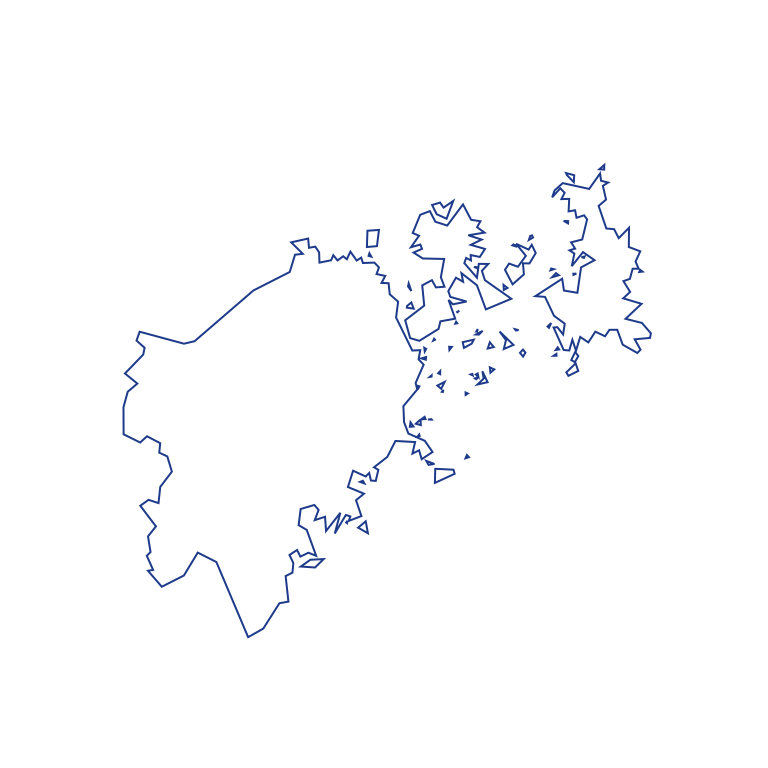 the district of Manggarai Barat, Nusa Tenggara Timur, Indonesia, rotated 154°
{"feature_id": "22746128B27819456459641", "entity_name": "Manggarai Barat", "entity_type": "district", "adm_level": 2, "iso_a3": "IDN", "parent_name": "Indonesia", "parent_adm1": "Nusa Tenggara Timur", "projection": "albers", "projection_center": [119.785, -8.574], "detail": "fine", "context": "isolated", "style": "outline", "palette": "blue", "viewbox_px": 768, "rotation_deg": 154, "n_neighbors": 0, "source": "geoboundaries", "source_scale": "gbopen_adm2", "svg_char_len": 6218}
<svg xmlns="http://www.w3.org/2000/svg" viewBox="0 0 768 768"><g transform="rotate(154 384 384)"><path d="M617.1,216.0L599.7,217.1L574.1,232.8L565.3,230.3L556.6,254.5L549.0,254.6L544.0,262.7L543.9,271.8L534.9,272.9L534.8,265.5L525.9,265.5L520.3,259.3L517.4,286.7L522.6,294.6L513.7,308.2L499.6,305.8L498.0,299.5L505.9,292.0L495.2,290.5L500.5,277.3L479.7,287.4L493.8,271.2L475.7,283.0L472.3,279.7L475.7,276.4L462.2,275.2L460.1,291.8L450.1,294.2L461.6,307.2L449.8,319.6L441.0,308.9L436.3,310.5L438.1,303.0L433.9,300.5L426.7,309.4L429.5,313.5L413.0,317.0L398.7,327.8L381.5,318.2L388.9,309.0L381.5,309.0L383.1,299.9L370.2,301.6L372.2,315.0L383.8,328.8L382.7,340.9L376.3,355.6L356.5,364.5L355.1,371.1L339.9,384.0L342.1,391.0L336.6,398.5L343.9,401.7L344.0,438.5L335.2,451.8L339.5,462.1L335.7,472.6L341.9,475.9L335.5,480.6L342.5,486.1L337.4,491.0L339.4,497.3L349.9,502.0L349.1,507.6L354.4,506.9L356.2,517.7L362.7,512.4L364.7,516.7L371.6,515.4L373.1,522.0L377.3,518.4L388.8,521.4L384.6,530.8L385.6,537.6L391.7,539.3L388.4,548.0L405.3,552.0L399.9,536.6L407.3,539.2L419.6,526.0L460.4,525.3L535.5,505.5L546.1,507.9L580.7,538.1L587.4,531.5L583.3,521.5L587.5,516.0L612.2,507.0L605.5,492.5L617.7,489.4L628.3,477.4L640.1,452.9L628.8,438.3L619.9,440.9L611.1,428.9L616.1,420.8L610.5,413.9L613.1,398.2L630.2,389.6L638.9,375.8L646.4,383.1L656.4,381.4L651.4,356.0L662.9,350.5L667.5,335.3L672.5,333.6L673.0,318.1L678.0,319.6L672.6,299.2L647.8,299.6L625.3,314.1L612.7,297.5L617.1,216.0ZM142.7,300.8L138.4,302.4L139.1,314.3L124.7,308.8L121.9,312.6L125.4,325.8L138.3,336.7L117.4,343.2L131.4,356.1L122.4,358.9L123.7,371.5L116.9,370.7L110.0,378.6L104.6,376.0L104.2,383.8L95.5,390.9L103.9,399.8L95.3,417.0L109.1,412.2L109.3,422.3L116.0,426.3L113.0,450.0L103.6,452.4L100.4,466.2L94.2,466.8L99.8,471.5L97.5,478.5L114.1,469.4L135.3,486.2L145.8,483.2L151.0,478.1L139.8,482.6L137.8,476.7L143.5,472.4L136.4,469.2L142.4,458.2L136.1,456.4L138.1,449.0L130.2,447.9L129.3,442.9L142.5,427.0L153.7,429.3L152.9,421.9L158.7,422.8L155.7,417.8L163.6,407.6L147.3,415.3L140.5,403.0L155.8,402.4L170.2,381.2L181.3,389.1L177.7,400.5L209.4,396.6L201.1,391.7L201.3,370.8L195.1,359.0L201.3,350.0L203.3,359.1L206.8,360.4L207.6,335.8L202.8,332.9L195.3,341.2L196.8,329.8L187.0,340.3L182.1,331.8L171.1,338.4L164.4,330.0L157.6,333.9L150.6,330.5L152.2,314.7L142.7,300.8ZM259.7,406.4L232.2,404.8L247.8,433.1L246.4,442.8L237.7,446.2L246.1,450.4L253.9,438.8L258.8,457.5L254.9,461.3L251.7,456.9L249.6,461.9L242.2,456.2L234.0,461.1L245.0,471.0L232.9,471.0L243.0,480.7L227.3,476.0L231.6,484.1L226.0,488.0L233.7,493.4L234.3,510.8L257.7,498.7L266.7,507.3L267.0,519.3L277.3,520.2L292.0,507.1L287.5,501.9L299.8,495.1L290.2,493.4L290.6,488.8L299.8,489.2L294.1,479.8L275.1,470.0L286.1,455.0L287.0,444.9L295.0,448.1L295.4,456.3L306.4,455.9L313.5,436.8L337.0,432.0L340.4,413.8L333.3,407.3L310.8,409.6L305.8,415.6L291.4,411.5L289.1,431.3L287.1,425.4L273.6,421.9L286.2,433.2L285.5,439.3L272.7,448.0L268.1,441.2L265.8,449.7L257.2,432.0L259.7,406.4ZM224.7,417.2L210.2,421.2L206.2,431.6L200.4,428.6L190.2,435.2L190.2,444.3L195.1,441.4L203.8,452.1L200.3,437.0L212.2,430.7L218.8,437.4L225.2,433.6L224.7,417.2ZM329.9,511.0L321.0,524.7L331.7,529.0L339.3,514.6L329.9,511.0ZM255.3,505.1L241.5,518.2L253.1,516.4L254.1,522.5L262.3,523.8L262.2,513.5L255.3,505.1ZM381.6,272.8L359.9,272.3L359.1,276.5L375.1,285.3L381.6,272.8ZM526.4,249.3L515.0,253.1L527.2,258.3L538.8,256.4L526.4,249.3ZM300.2,342.6L290.1,340.2L290.0,352.3L292.0,345.2L300.2,342.6ZM261.0,362.9L250.5,362.4L257.1,380.5L255.1,370.0L261.0,362.9ZM470.2,266.2L463.9,256.9L460.6,268.6L470.2,266.2ZM296.3,381.4L287.5,381.8L283.9,384.5L294.9,387.1L296.3,381.4ZM214.7,310.5L203.7,310.6L202.7,318.6L215.0,314.5L214.7,310.5ZM202.9,320.0L197.1,323.9L198.1,329.0L205.2,323.4L202.9,320.0ZM124.9,482.2L121.5,488.3L127.9,493.8L128.0,491.5L124.9,482.2ZM334.7,354.6L328.6,359.3L336.7,359.2L334.7,354.6ZM275.2,370.4L269.1,369.1L270.6,375.1L275.2,370.4ZM186.0,406.3L179.2,405.1L180.8,408.3L186.0,406.3ZM324.3,438.7L323.7,445.3L329.1,444.0L330.0,442.6L324.3,438.7ZM211.1,362.2L207.0,365.5L211.8,364.0L211.1,362.2ZM235.1,416.0L230.9,416.2L233.1,420.7L235.1,416.0ZM376.2,332.9L377.0,337.9L379.5,334.2L376.2,332.9ZM281.6,352.5L283.4,347.5L278.5,348.8L281.6,352.5ZM247.0,347.7L243.1,350.2L244.0,354.0L248.1,352.4L247.0,347.7ZM277.1,386.8L272.1,388.5L279.6,388.2L277.1,386.8ZM96.3,482.6L92.1,480.2L90.0,484.3L96.3,482.6ZM339.1,390.6L335.8,387.5L334.4,389.8L339.1,390.6ZM379.4,291.8L373.7,290.0L379.7,296.3L379.4,291.8ZM372.8,334.3L368.9,330.9L367.1,335.3L367.9,335.8L372.8,334.3ZM340.6,283.8L343.3,281.5L339.8,281.0L340.6,283.8ZM310.3,385.9L306.8,387.6L309.1,388.9L310.3,385.9ZM207.8,452.3L204.2,448.9L206.4,452.7L207.8,452.3ZM331.9,398.9L333.1,395.4L330.7,397.1L331.9,398.9ZM151.0,451.8L148.2,447.7L147.1,449.7L151.0,451.8ZM317.7,463.6L319.6,461.2L318.7,455.6L317.7,463.6ZM190.6,450.0L185.9,450.3L185.8,452.7L187.6,453.0L190.6,450.0ZM214.7,339.3L211.5,338.3L211.8,340.8L214.7,339.3ZM448.4,306.5L445.2,303.2L445.4,306.3L448.4,306.5ZM297.3,352.3L296.1,349.0L295.2,352.4L297.3,352.3ZM315.4,338.4L312.8,338.7L314.4,340.6L315.4,338.4ZM215.9,335.5L219.2,335.0L216.6,333.8L215.9,335.5ZM366.1,335.9L362.1,334.3L361.9,336.7L366.1,335.9ZM341.7,505.9L339.6,504.0L339.8,507.9L341.7,505.9ZM327.8,371.0L330.6,369.9L329.2,368.2L327.8,371.0ZM374.5,323.2L376.9,322.1L374.8,321.6L374.5,323.2ZM150.9,411.4L148.9,409.7L147.8,410.7L150.9,411.4ZM275.6,392.3L278.1,390.7L277.4,390.3L275.6,392.3ZM333.2,352.7L335.4,351.6L334.6,351.0L333.2,352.7ZM251.8,449.8L250.2,447.9L249.7,448.5L251.8,449.8ZM360.1,332.8L356.7,331.1L356.8,331.6L360.1,332.8ZM299.1,347.9L296.5,348.7L299.8,349.2L299.1,347.9ZM319.1,402.7L320.7,401.4L318.8,401.4L319.1,402.7ZM291.9,408.3L293.5,407.0L291.6,406.5L291.9,408.3ZM105.5,372.8L102.4,371.7L103.7,374.3L105.5,372.8ZM300.2,354.3L301.9,354.6L300.5,352.8L300.2,354.3ZM476.9,277.1L478.7,276.1L478.2,275.1L476.9,277.1ZM354.4,367.5L354.6,365.4L353.2,366.4L354.4,367.5ZM165.9,399.0L162.7,398.9L165.5,400.1L165.9,399.0ZM184.5,413.2L181.1,412.8L183.1,414.5L184.5,413.2ZM286.6,416.3L284.2,416.9L286.7,416.7L286.6,416.3ZM242.0,374.3L239.4,373.4L242.3,375.9L242.0,374.3ZM337.4,370.9L339.7,370.3L338.0,369.8L337.4,370.9Z" fill="none" stroke="#1e3a8a" stroke-width="2"/></g></svg>